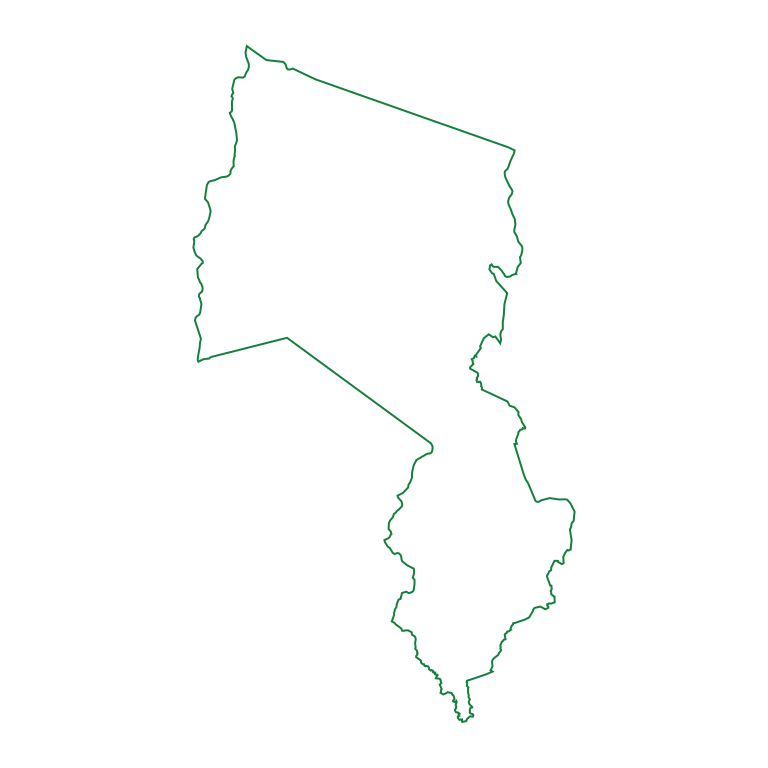 the district of Tafí del Valle, Tucumán, Argentina
{"feature_id": "61730980B13889034691247", "entity_name": "Tafí del Valle", "entity_type": "district", "adm_level": 2, "iso_a3": "ARG", "parent_name": "Argentina", "parent_adm1": "Tucumán", "projection": "orthographic", "projection_center": [-65.815, -26.661], "detail": "fine", "context": "isolated", "style": "outline", "palette": "green", "viewbox_px": 768, "rotation_deg": 0, "n_neighbors": 0, "source": "geoboundaries", "source_scale": "gbopen_adm2", "svg_char_len": 6087}
<svg xmlns="http://www.w3.org/2000/svg" viewBox="0 0 768 768"><path d="M391.8,621.4L394.8,623.1L395.5,624.2L401.4,628.6L402.0,630.6L403.6,630.9L406.1,630.3L408.2,630.4L411.7,632.3L411.9,634.7L414.5,636.1L415.5,637.9L415.7,639.5L415.1,643.0L415.6,647.4L415.2,648.6L416.8,650.7L417.4,652.4L417.1,653.0L417.5,653.3L417.4,654.5L416.2,656.0L416.2,657.2L420.6,660.3L421.1,660.8L420.9,662.2L421.4,663.0L422.8,664.2L424.1,664.3L424.5,665.8L425.6,666.3L426.2,665.8L428.3,666.5L429.2,668.3L429.1,669.4L430.8,670.6L431.6,670.1L432.9,670.7L433.3,671.3L432.9,672.0L433.2,672.4L435.1,672.6L434.7,673.5L435.0,674.3L436.9,674.5L437.6,675.0L437.5,675.6L436.6,676.2L436.7,676.7L435.9,678.3L439.8,678.8L440.7,680.2L440.7,681.5L441.4,683.1L439.7,684.6L441.7,689.0L441.1,689.7L441.1,691.1L440.5,692.9L443.4,694.4L446.2,693.2L447.5,692.2L451.5,693.0L452.7,695.1L453.5,695.5L454.5,698.8L454.3,699.6L453.4,700.1L453.0,701.3L455.4,702.2L456.3,701.0L456.7,702.0L455.6,705.2L456.4,706.4L455.9,708.4L455.0,709.8L455.2,711.0L456.0,712.2L458.4,712.7L459.5,713.8L458.6,714.2L458.6,715.3L459.2,715.9L457.8,716.6L457.8,717.8L459.3,719.8L459.9,719.9L460.6,719.4L462.0,719.5L462.0,721.5L462.3,721.9L466.2,721.1L467.1,719.0L469.6,716.7L470.4,716.3L472.8,716.7L473.4,715.5L472.8,714.1L470.3,713.4L469.8,712.5L470.0,711.6L469.7,710.2L470.4,707.9L472.1,707.5L472.3,707.1L469.5,704.3L468.7,702.0L469.9,699.2L468.5,697.0L468.8,695.6L467.9,691.9L468.2,689.9L467.9,689.0L468.4,687.3L466.7,685.7L467.3,683.0L466.6,682.1L466.9,680.8L485.7,674.5L492.6,671.6L490.6,670.3L492.5,666.4L492.0,661.8L492.6,659.8L494.1,658.1L497.9,655.2L499.1,652.8L501.1,650.4L500.3,648.5L500.7,647.3L500.3,645.8L501.4,642.6L502.1,641.5L502.9,641.1L503.8,639.7L505.5,639.3L504.7,634.7L505.3,633.7L506.6,633.0L507.3,631.5L508.8,631.4L511.0,629.7L510.5,628.9L511.3,626.4L513.0,624.4L513.2,623.2L515.4,622.8L526.0,619.2L527.1,618.3L528.1,618.1L529.3,617.2L533.2,610.5L533.3,609.5L534.6,607.9L540.4,606.6L545.4,609.3L548.4,607.7L548.3,606.7L547.1,605.1L547.3,604.1L548.1,604.1L549.1,603.4L551.2,603.6L554.7,602.3L554.5,596.5L553.9,596.5L551.2,594.1L551.2,592.0L550.7,591.2L551.7,589.2L551.4,585.6L550.2,585.5L547.0,576.6L547.0,575.6L548.4,573.6L549.1,571.4L551.1,570.2L551.3,567.3L554.5,560.8L557.8,560.9L557.7,561.7L561.8,564.1L563.6,563.3L563.3,556.8L565.1,553.0L567.3,550.0L568.7,550.5L570.1,549.5L570.6,549.6L571.6,540.0L569.9,529.4L571.0,527.3L571.8,522.9L573.6,521.1L574.6,511.7L570.4,503.4L567.2,499.7L565.0,499.3L559.1,499.5L549.8,498.1L541.5,500.2L538.3,502.0L536.7,501.7L535.5,500.9L528.0,483.0L525.7,479.5L523.7,474.3L514.4,444.0L516.9,443.8L515.9,441.5L516.1,439.5L518.3,433.8L518.3,432.3L519.3,431.3L520.0,430.0L522.4,429.2L522.8,428.1L524.9,428.6L525.3,427.8L524.9,426.5L524.4,426.1L521.8,421.8L521.1,419.0L518.7,415.7L518.3,414.7L518.6,412.2L514.5,407.3L509.6,405.7L507.5,401.5L481.8,389.5L482.0,388.0L481.8,387.0L481.1,386.3L481.3,384.3L480.3,381.8L479.5,381.7L478.9,382.2L477.7,381.8L477.1,382.0L476.5,380.1L477.2,379.1L476.7,378.0L478.0,376.2L478.0,373.8L477.3,372.6L471.3,369.3L470.1,368.5L470.0,368.0L470.2,367.2L473.4,363.9L472.6,362.4L472.7,360.9L471.7,359.2L473.9,358.1L474.7,355.9L476.3,356.5L476.0,354.9L480.8,348.1L480.1,346.3L483.8,338.2L488.8,334.3L492.7,337.1L495.4,336.5L500.2,343.3L501.1,339.4L500.5,336.6L500.4,333.6L501.4,330.9L502.8,329.2L502.8,321.9L503.8,315.2L504.4,304.4L507.2,293.1L496.3,281.1L493.7,273.8L492.1,273.3L489.4,269.5L490.1,265.5L491.6,264.4L492.6,266.1L494.0,266.9L498.0,266.9L501.5,270.4L503.4,273.4L504.1,273.8L504.9,275.8L506.7,277.0L510.2,276.5L511.8,275.2L515.0,274.1L516.1,274.0L515.9,273.7L517.7,266.9L520.8,263.1L520.0,257.3L521.3,254.9L522.3,250.4L522.3,247.7L521.7,245.9L518.4,241.8L516.8,236.2L514.3,232.0L514.3,229.9L515.4,224.6L514.8,219.1L512.6,214.6L510.8,209.4L508.5,204.3L508.1,201.2L509.2,197.6L511.7,194.3L512.5,191.5L512.1,190.2L509.1,185.4L505.2,176.9L504.7,173.7L504.7,172.2L505.3,170.9L507.5,168.9L508.2,167.5L510.6,160.6L513.8,153.9L514.6,150.4L508.8,147.5L315.6,79.4L292.8,68.6L289.6,69.6L287.9,69.4L286.7,68.1L285.9,65.1L285.0,63.6L283.2,61.9L266.4,60.1L246.8,46.1L245.5,52.5L246.2,57.1L248.8,63.9L248.8,67.2L248.0,70.0L246.3,72.5L244.7,76.4L242.9,77.6L238.5,77.3L237.2,77.6L235.9,78.2L234.4,79.7L232.2,88.8L233.3,93.0L232.0,94.7L231.5,96.4L232.5,97.5L232.8,98.6L231.9,101.7L232.1,110.3L231.6,111.5L229.8,112.9L231.0,116.2L232.7,119.1L234.2,122.6L236.4,133.4L237.0,140.7L234.8,146.6L235.1,150.3L234.5,155.4L234.9,156.0L234.1,157.9L233.5,161.3L233.7,166.3L231.9,168.4L230.6,170.7L230.4,173.7L228.7,175.6L226.6,176.6L221.3,177.3L214.4,180.3L211.0,180.9L208.6,182.0L206.9,185.1L204.9,198.8L208.0,202.3L210.1,208.7L210.6,211.6L209.3,217.6L208.3,220.9L205.3,225.4L204.9,227.8L204.0,229.3L201.7,231.0L200.5,233.4L197.8,236.1L194.5,237.4L193.7,239.1L194.3,241.6L193.4,247.5L194.5,251.5L196.3,255.5L200.8,258.8L202.6,261.1L202.8,262.9L201.5,263.8L197.3,269.0L197.9,277.5L199.0,279.5L200.0,282.3L201.2,283.7L202.5,287.2L202.6,288.9L202.2,291.4L199.5,293.7L198.9,295.4L199.1,297.1L200.0,298.4L200.1,299.7L200.8,301.5L201.4,304.2L200.1,312.9L199.0,314.9L196.8,316.3L195.6,317.8L195.0,320.6L200.9,338.7L200.0,343.0L199.6,348.0L198.0,356.4L197.7,359.9L198.4,361.7L203.1,359.4L205.1,358.9L209.1,358.6L210.7,357.1L287.0,337.8L430.9,443.3L432.4,445.9L432.6,448.1L432.2,451.0L431.5,452.5L430.2,453.4L428.0,453.6L426.2,454.3L416.4,460.0L413.8,465.1L412.1,472.1L411.9,477.9L410.2,482.2L408.5,484.8L408.1,487.5L403.0,492.9L397.5,495.7L398.2,497.7L401.5,501.4L402.3,504.9L401.8,506.4L399.1,509.3L396.6,511.3L395.8,512.6L393.9,514.0L392.9,517.2L390.0,520.6L388.9,523.2L388.6,529.1L390.7,531.5L391.5,534.0L390.5,535.1L389.6,537.1L388.1,538.4L384.4,540.0L384.9,542.1L387.8,546.7L389.6,547.8L392.8,552.9L394.5,554.0L397.7,553.0L399.1,553.5L400.3,554.6L401.3,556.8L401.5,559.1L402.1,561.2L407.2,565.3L413.8,568.7L414.1,571.0L414.1,573.0L412.8,577.8L414.5,579.7L414.5,584.4L413.7,590.2L413.1,591.3L410.8,592.6L408.6,593.1L406.3,591.7L402.0,593.0L400.5,599.0L398.8,599.4L397.8,601.3L396.7,604.5L396.5,606.9L394.9,609.5L394.1,613.0L394.1,615.0L391.8,621.4Z" fill="none" stroke="#15803d" stroke-width="2"/></svg>